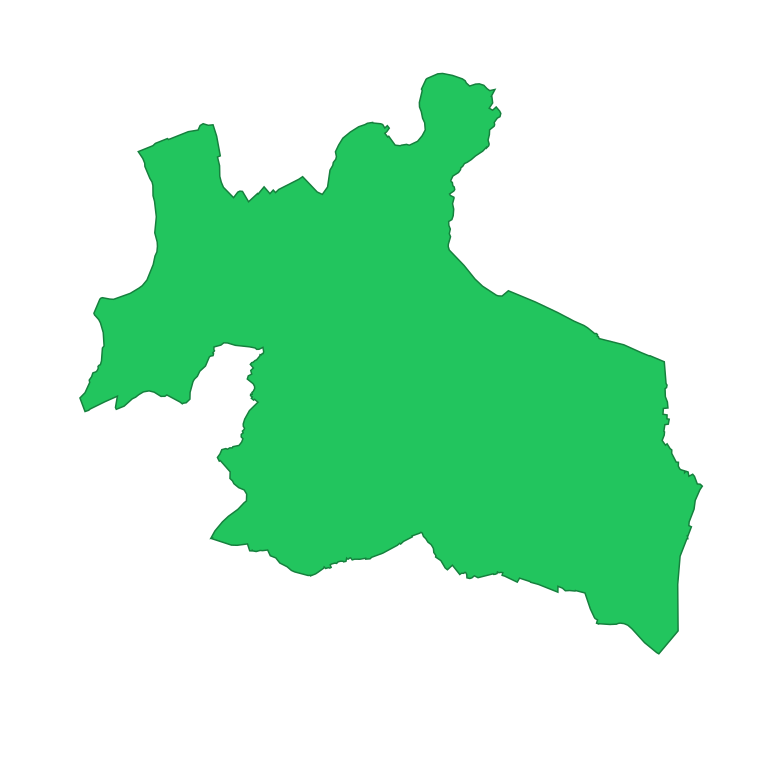 the district of Oude IJsselstreek, Gelderland, Netherlands, rotated 83°
{"feature_id": "6326949B61856453224086", "entity_name": "Oude IJsselstreek", "entity_type": "district", "adm_level": 2, "iso_a3": "NLD", "parent_name": "Netherlands", "parent_adm1": "Gelderland", "projection": "orthographic", "projection_center": [6.392, 51.903], "detail": "fine", "context": "isolated", "style": "filled", "palette": "green", "viewbox_px": 768, "rotation_deg": 83, "n_neighbors": 0, "source": "geoboundaries", "source_scale": "gbopen_adm2", "svg_char_len": 6139}
<svg xmlns="http://www.w3.org/2000/svg" viewBox="0 0 768 768"><g transform="rotate(83 384 384)"><path d="M685.3,144.1L664.9,122.2L618.7,116.9L591.0,111.1L574.6,102.3L574.6,101.3L571.9,101.4L572.1,101.0L563.2,96.3L561.7,98.7L558.0,97.9L546.0,91.5L537.5,89.3L527.4,83.3L524.2,80.5L522.0,82.3L521.4,85.2L513.5,87.1L511.2,88.6L512.7,92.6L508.4,92.9L507.4,94.9L508.6,96.4L506.9,96.1L505.3,99.7L504.3,100.8L501.4,101.9L497.6,101.3L497.1,103.5L487.9,106.9L484.5,106.4L483.0,107.9L477.9,110.3L479.0,112.1L473.9,114.8L468.9,112.1L465.7,111.4L465.1,112.0L458.6,110.2L458.5,106.7L453.7,105.2L453.0,107.4L449.2,106.8L448.0,110.8L442.3,109.7L442.4,105.1L436.4,104.9L430.9,106.3L422.9,105.6L422.0,104.0L419.6,103.2L417.9,104.0L396.1,103.1L388.3,116.7L388.5,117.2L384.3,124.7L374.3,141.2L365.1,165.0L363.2,165.4L362.6,166.5L361.3,166.0L360.4,166.5L359.7,167.3L359.7,168.7L353.1,175.0L350.3,178.4L344.8,187.7L334.6,202.4L320.9,224.0L306.6,249.2L311.1,256.1L310.5,259.7L309.7,261.5L298.9,274.3L290.9,280.9L276.1,290.1L259.0,302.9L255.4,303.5L253.1,303.1L245.9,300.0L242.8,300.9L238.3,299.3L234.5,300.3L230.6,300.0L229.1,296.6L225.4,294.8L218.9,293.5L213.4,294.0L207.9,291.8L207.1,291.9L205.0,295.1L203.4,295.8L201.0,291.2L199.7,290.1L197.0,290.3L195.6,291.5L192.2,291.6L191.5,292.6L190.2,292.9L186.0,290.3L183.1,284.2L180.7,282.0L178.7,281.3L177.6,279.4L175.0,277.3L174.1,274.4L171.9,270.0L168.8,265.4L164.9,257.6L161.6,253.6L162.3,253.5L160.3,251.0L158.6,250.4L154.6,251.0L149.3,249.0L144.6,248.2L141.6,243.3L140.2,242.6L137.8,242.7L133.9,239.1L132.8,236.3L129.7,235.1L127.3,235.9L122.7,238.9L125.5,242.8L123.1,246.0L118.3,241.9L112.0,241.9L111.7,242.5L105.2,238.0L105.7,243.3L103.5,245.7L99.7,248.5L97.7,252.8L97.5,256.6L98.7,262.7L95.3,265.6L92.9,266.5L90.7,269.0L86.1,278.3L82.9,288.0L82.7,292.9L86.0,304.0L86.8,305.2L95.9,310.9L97.4,310.3L108.9,314.6L113.4,315.0L118.3,313.8L125.0,313.3L129.6,311.8L136.9,312.1L142.3,315.9L147.2,321.1L150.1,329.8L148.9,332.4L149.1,337.6L149.5,338.9L148.3,343.8L138.7,349.1L139.3,350.2L135.2,352.6L134.0,350.6L130.7,347.6L128.0,349.2L130.0,352.0L126.3,353.7L125.3,355.5L123.6,363.1L123.0,363.3L123.2,368.8L124.2,371.3L125.6,377.8L129.8,386.7L135.0,394.9L141.3,399.9L147.6,403.9L152.5,403.5L155.1,404.5L157.9,407.3L160.8,408.2L165.1,411.5L181.6,416.0L188.3,422.1L185.3,426.9L168.3,439.5L170.4,443.6L178.1,464.8L180.8,468.3L178.0,470.3L181.2,474.0L173.7,479.0L180.2,485.9L179.5,486.3L186.6,496.2L175.6,501.0L175.0,503.5L175.7,505.7L180.7,510.6L169.2,519.4L163.9,520.9L157.9,521.7L147.3,520.6L138.4,521.6L137.6,518.7L117.6,519.9L105.9,522.1L105.8,526.9L103.6,531.8L105.0,535.0L109.3,537.6L109.7,547.5L115.1,568.1L114.0,569.0L117.3,581.6L119.3,584.3L123.4,599.6L130.8,595.9L135.6,594.6L139.0,594.8L151.4,591.3L155.3,589.6L158.9,589.2L169.0,590.3L174.7,589.5L190.3,589.6L206.0,593.1L215.4,591.8L219.8,592.1L225.2,593.3L229.1,595.7L237.3,598.5L251.9,606.6L257.0,612.0L259.0,615.6L263.1,624.8L267.0,642.1L266.3,645.8L264.0,653.0L264.3,654.6L265.2,655.7L278.4,663.3L280.1,662.9L285.3,659.3L288.8,658.0L298.7,656.4L312.1,657.2L314.0,659.1L326.7,661.6L330.3,663.2L330.6,664.4L331.7,665.7L333.6,665.7L335.9,667.2L336.9,668.6L337.4,671.4L337.9,671.8L341.1,673.3L344.2,676.1L346.6,675.9L356.2,681.8L360.8,687.5L374.9,684.1L374.1,680.3L373.0,678.7L367.6,663.2L363.6,650.1L374.6,653.4L376.5,652.8L374.3,644.6L368.0,635.6L366.8,632.1L364.7,628.7L362.5,623.7L362.2,618.0L364.1,613.1L369.1,606.9L369.5,602.9L368.4,600.9L377.0,588.7L379.1,586.6L378.6,585.6L378.5,582.6L375.4,578.5L368.7,577.5L358.4,573.3L356.2,571.7L353.6,568.3L348.9,565.3L344.4,559.0L335.9,554.1L335.2,552.9L335.0,550.2L333.2,549.5L332.3,550.2L330.4,548.2L329.0,548.7L326.5,548.2L325.5,541.1L323.6,538.0L324.2,534.3L327.5,526.8L330.7,513.0L332.5,507.6L334.1,506.1L334.3,503.8L332.9,499.7L337.4,499.5L339.1,500.3L339.0,501.2L340.1,502.2L339.7,503.4L341.1,503.9L344.5,507.5L345.0,509.2L346.4,511.1L346.7,512.7L348.2,514.3L352.2,511.7L354.3,514.6L358.1,514.1L359.4,517.7L362.4,519.1L367.7,513.9L370.4,512.8L372.7,512.9L375.5,514.8L376.3,516.1L378.1,516.1L377.9,517.6L379.3,517.9L380.8,516.3L382.0,517.4L384.1,515.4L383.4,514.3L386.7,511.3L394.0,520.8L401.8,526.5L406.5,528.6L408.9,528.8L410.8,527.8L412.3,528.6L413.5,530.3L415.3,529.7L416.6,531.8L419.1,532.2L421.1,530.7L424.2,532.3L427.3,535.4L427.8,541.6L428.9,542.5L428.6,544.9L429.7,547.4L428.8,548.8L429.4,553.0L433.4,555.3L436.6,558.3L440.5,556.9L440.1,555.9L441.2,555.0L452.4,547.4L459.0,548.4L461.7,546.2L464.7,545.1L469.2,540.8L472.1,535.7L476.6,533.7L483.3,534.8L484.8,537.3L490.6,544.3L496.3,554.5L501.1,561.1L509.2,569.7L516.1,574.7L516.0,573.2L516.6,573.6L525.3,555.1L526.2,549.4L526.1,539.0L533.2,537.6L533.6,535.2L533.0,535.0L533.7,534.4L534.7,531.3L534.1,527.3L534.6,524.8L534.6,519.7L540.6,517.8L543.4,512.6L549.0,509.2L553.6,502.4L557.7,498.7L559.6,495.6L564.8,482.7L565.0,479.9L565.4,480.0L564.1,475.0L562.7,472.2L559.5,466.4L558.3,465.7L560.0,464.4L559.5,461.6L560.1,460.2L559.6,458.8L557.0,459.5L556.3,458.2L555.8,454.7L556.3,452.9L554.9,451.2L554.6,448.4L555.0,446.2L555.6,445.8L555.4,443.4L552.3,442.3L553.3,441.5L553.4,440.5L552.6,439.6L552.5,438.3L554.7,437.0L554.3,434.5L555.0,429.2L554.7,423.4L555.6,423.5L555.8,419.1L554.5,417.4L551.7,405.7L545.7,390.4L544.0,387.9L544.9,387.0L542.6,383.8L539.2,374.6L538.2,374.7L536.4,366.6L535.7,365.4L536.7,364.2L540.1,363.4L542.6,361.4L546.4,359.6L549.0,356.9L551.5,355.7L553.4,355.0L557.3,355.1L560.6,353.4L562.0,353.9L566.2,349.1L574.0,345.7L576.1,343.7L572.2,338.2L582.3,332.0L581.3,330.2L581.6,327.9L580.8,326.6L581.1,325.9L583.1,325.1L586.5,325.3L587.5,322.5L587.1,320.4L585.4,317.7L587.7,314.3L585.7,298.7L586.3,298.5L586.4,297.0L585.9,294.9L584.4,294.3L585.3,293.0L585.2,290.7L585.7,289.1L588.3,290.1L589.4,287.6L596.9,275.9L593.2,273.1L597.9,263.1L598.6,262.7L601.7,255.2L611.8,236.8L606.0,236.0L608.4,231.7L611.3,229.2L611.6,224.9L612.7,219.9L612.7,219.2L612.3,219.1L615.9,210.0L632.4,206.6L641.3,203.7L642.6,203.0L644.1,200.8L647.3,202.2L648.4,200.2L648.1,200.0L650.2,189.1L650.7,182.5L650.2,180.9L650.1,178.8L651.1,174.9L653.1,171.4L657.2,167.7L672.5,156.9L683.8,146.1L685.3,144.1Z" fill="#22c55e" stroke="#15803d" stroke-width="1.5"/></g></svg>